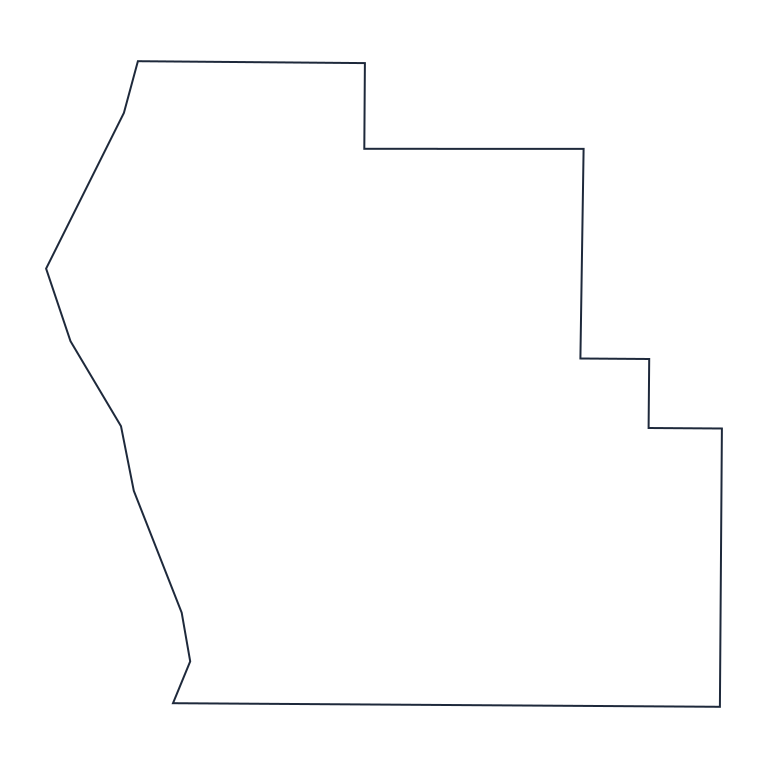 the district of Scott, Illinois, United States of America
{"feature_id": "52423323B93785778655007", "entity_name": "Scott", "entity_type": "district", "adm_level": 2, "iso_a3": "USA", "parent_name": "United States of America", "parent_adm1": "Illinois", "projection": "robinson", "projection_center": [-90.501, 39.655], "detail": "fine", "context": "isolated", "style": "outline", "palette": "slate", "viewbox_px": 768, "rotation_deg": 0, "n_neighbors": 0, "source": "geoboundaries", "source_scale": "gbopen_adm2", "svg_char_len": 338}
<svg xmlns="http://www.w3.org/2000/svg" viewBox="0 0 768 768"><path d="M137.9,61.2L123.9,112.9L46.1,268.6L70.5,341.2L121.0,426.2L133.8,490.8L181.7,612.7L190.2,661.4L173.0,703.2L719.9,706.8L721.9,428.5L648.6,428.0L649.2,359.0L580.4,358.5L583.6,148.9L364.3,148.8L364.9,63.1L137.9,61.2Z" fill="none" stroke="#1e293b" stroke-width="2"/></svg>